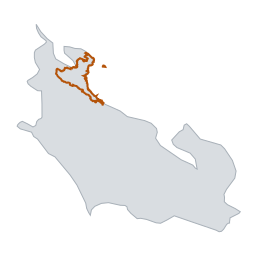 Osa, Puntarenas, Costa Rica shown in context, rotated 179°
{"feature_id": "36466004B23652443238408", "entity_name": "Osa", "entity_type": "district", "adm_level": 2, "iso_a3": "CRI", "parent_name": "Costa Rica", "parent_adm1": "Puntarenas", "projection": "orthographic", "projection_center": [-83.568, 8.892], "detail": "fine", "context": "in_parent", "style": "outline", "palette": "amber", "viewbox_px": 256, "rotation_deg": 179, "n_neighbors": 0, "source": "geoboundaries", "source_scale": "gbopen_adm2", "svg_char_len": 7261}
<svg xmlns="http://www.w3.org/2000/svg" viewBox="0 0 256 256"><g transform="rotate(179 128 128)"><path d="M238.8,131.7L238.4,132.9L237.3,134.2L235.7,135.6L233.5,136.5L228.2,133.8L223.0,130.7L220.2,132.1L219.1,136.1L217.2,138.2L214.8,139.0L213.8,140.3L213.6,153.8L213.8,166.6L217.8,166.9L224.3,171.3L227.1,173.9L228.0,176.3L227.2,177.4L222.4,180.2L217.8,183.7L215.4,188.1L219.5,195.2L220.4,200.0L220.3,205.0L219.2,207.5L210.1,213.3L208.1,215.3L208.4,216.7L213.4,220.7L215.8,224.6L217.7,229.2L218.0,233.3L213.5,225.8L207.2,218.7L201.7,214.3L201.3,204.0L199.1,198.4L190.9,193.3L183.8,189.7L178.6,190.4L181.8,196.3L190.1,203.9L190.6,206.8L190.5,210.7L184.8,210.1L179.8,208.5L173.7,208.0L169.6,205.7L161.0,196.6L167.1,188.9L169.0,183.9L168.8,173.4L167.4,168.3L160.8,160.5L150.3,152.0L135.5,145.1L128.5,139.4L111.2,135.1L104.7,132.3L99.5,127.0L98.8,123.2L100.6,117.3L95.9,109.9L75.4,95.3L63.9,89.8L61.4,86.7L59.6,85.7L61.3,95.8L66.3,101.8L79.4,107.6L83.0,110.9L84.5,115.2L76.8,123.3L72.9,125.4L71.8,129.9L69.3,131.2L66.6,128.6L56.0,115.7L35.5,109.4L31.8,105.6L24.2,93.8L20.7,83.1L22.1,76.0L30.6,64.9L33.2,60.0L32.7,57.0L33.0,52.6L29.9,49.6L22.1,45.5L17.2,42.3L18.6,40.7L27.5,36.4L28.1,32.5L28.1,31.2L29.5,31.0L30.9,30.0L31.7,28.9L34.1,25.2L36.3,23.1L38.7,22.7L41.7,24.3L53.0,28.4L65.5,32.9L83.3,39.4L90.7,35.3L97.1,32.2L101.5,32.7L111.1,36.3L116.9,37.5L120.4,37.2L126.5,42.5L129.9,46.5L130.4,49.2L132.3,50.6L137.1,50.9L148.8,53.7L155.9,53.1L162.5,50.3L166.0,46.8L167.2,41.4L168.8,44.1L170.7,48.3L171.6,53.7L180.0,71.8L186.7,82.0L201.5,100.4L207.9,103.8L218.7,118.6L222.4,121.1L224.5,125.5L235.7,129.0L238.8,131.7Z" fill="#d9dde1" stroke="#a8b0b8" stroke-width="1"/><path d="M178.7,191.4L178.6,191.0L178.6,190.9L178.1,191.0L178.0,191.3L177.8,191.3L177.7,191.1L177.6,190.6L177.7,190.1L177.8,190.0L177.8,189.8L178.0,189.6L178.6,189.5L178.8,189.3L179.0,189.2L179.5,189.4L180.3,189.3L180.6,189.4L180.8,189.8L181.0,190.0L181.5,189.8L181.6,189.7L182.1,189.6L182.3,189.2L182.8,188.9L183.0,188.5L183.3,188.6L183.5,188.6L183.7,188.9L183.9,188.9L183.9,188.7L184.2,188.6L184.3,188.3L184.6,188.2L184.6,187.9L184.9,188.0L185.0,188.2L185.0,188.5L185.4,188.4L185.7,188.5L186.2,188.7L186.4,188.7L186.8,188.6L187.1,188.9L187.8,189.5L188.3,189.4L188.4,189.2L188.5,189.1L188.8,189.0L189.4,189.0L190.0,189.2L190.2,188.9L190.1,188.7L190.3,188.0L190.5,187.9L190.7,187.4L190.8,186.9L191.0,186.8L191.5,186.7L191.7,186.4L192.0,186.4L192.2,186.5L193.0,186.3L193.2,186.1L193.3,185.8L193.7,185.9L194.2,186.0L194.4,186.4L194.9,186.6L195.1,187.1L196.1,187.6L196.4,187.8L196.9,187.9L197.4,188.4L197.7,188.4L197.8,188.4L198.2,188.1L198.3,187.5L198.5,187.3L198.5,186.5L198.4,186.3L198.5,186.1L198.4,185.8L198.4,185.3L198.8,184.3L198.8,183.9L199.0,183.6L198.9,183.3L198.5,183.0L198.1,182.6L197.5,181.2L197.0,180.7L196.9,180.5L195.7,179.5L195.6,179.2L194.5,178.5L194.2,178.2L194.0,177.7L193.5,177.2L193.4,176.5L193.3,176.4L192.2,176.1L191.9,175.8L191.7,175.6L191.3,175.3L190.5,175.5L189.5,174.8L189.0,174.5L188.7,174.4L187.9,174.3L187.3,174.6L186.1,174.3L185.2,173.7L185.4,173.3L185.4,172.5L185.3,172.2L184.8,171.9L184.1,171.6L183.5,171.5L183.2,171.2L182.9,171.0L182.5,171.0L182.3,171.2L182.3,171.9L182.2,172.2L181.8,172.0L181.5,171.6L181.2,171.3L180.5,171.3L180.1,171.1L178.7,170.9L178.5,170.7L178.1,170.0L177.6,169.7L176.9,169.2L177.0,168.9L176.8,168.8L176.6,168.4L176.0,168.3L175.6,167.8L175.2,167.6L174.8,167.5L174.5,167.3L173.8,167.3L173.2,167.2L172.9,167.0L172.6,167.0L172.5,166.9L172.4,166.7L172.4,166.4L173.0,166.0L173.0,165.8L173.4,165.3L173.3,165.1L172.7,165.0L172.2,164.9L171.8,164.7L171.2,164.1L171.0,163.8L169.7,163.0L169.4,162.5L168.8,162.2L168.4,162.2L167.4,162.0L166.7,161.7L166.1,160.7L165.1,160.1L164.9,159.4L164.8,158.9L165.2,158.8L165.3,158.5L165.1,157.9L164.4,157.0L164.3,156.6L163.2,156.1L162.9,155.5L162.7,155.5L162.6,155.8L162.1,155.8L161.3,155.7L160.8,155.6L160.6,154.7L160.4,154.5L160.1,154.2L159.5,154.3L159.4,154.5L159.4,154.8L159.6,155.0L159.7,155.7L159.5,155.9L159.2,156.0L158.8,156.0L158.2,155.7L157.1,155.5L156.5,155.2L156.1,155.2L155.8,155.0L155.1,154.1L154.4,153.6L153.7,153.2L153.4,152.7L153.1,151.8L152.8,151.8L152.5,153.0L152.1,153.5L153.7,154.9L153.8,155.2L153.8,155.6L153.6,155.6L153.7,155.8L154.0,155.7L154.3,156.0L154.6,156.0L155.0,156.4L155.3,156.3L155.7,156.5L155.8,156.5L156.2,156.8L156.9,157.0L157.2,157.2L157.3,157.5L157.6,157.5L157.8,157.6L158.6,158.4L159.3,159.6L159.3,160.2L159.3,160.4L159.1,160.7L159.5,160.5L159.9,160.4L160.6,160.5L161.3,160.8L161.4,161.1L161.7,161.6L162.1,161.8L162.3,162.1L163.2,163.0L163.6,163.2L163.6,163.4L164.0,163.9L164.0,164.2L164.1,164.3L164.3,164.3L164.5,164.5L164.6,165.1L165.0,165.2L165.3,165.5L165.6,166.2L165.9,166.6L166.2,166.7L166.2,166.4L166.4,166.3L166.9,166.7L167.3,167.1L167.4,167.4L167.0,167.4L166.9,167.5L167.0,168.1L167.5,169.0L167.7,169.8L167.8,170.7L167.7,171.4L167.7,172.4L167.9,173.3L168.0,173.7L168.3,173.8L168.2,174.2L168.2,174.5L168.5,175.5L168.3,175.8L168.5,176.2L169.2,176.2L169.1,176.6L169.2,176.8L170.1,177.7L170.2,178.0L169.8,178.1L169.5,178.0L169.2,177.7L168.8,177.6L168.6,177.8L168.6,179.0L168.8,179.4L169.2,179.4L170.3,179.9L171.0,180.8L171.4,181.0L171.0,181.1L170.6,180.9L170.1,181.0L169.9,181.2L169.8,181.6L169.6,181.7L169.4,181.7L169.4,182.1L168.6,182.5L168.2,182.5L167.9,182.8L167.5,182.9L167.0,183.7L166.5,184.2L166.5,184.6L166.6,184.8L166.8,184.7L167.2,185.5L167.5,185.7L168.0,185.5L168.3,185.7L168.0,185.9L167.3,185.8L167.0,186.1L166.8,186.1L166.8,186.5L167.1,187.2L167.2,188.2L167.1,188.4L166.7,188.6L166.7,188.8L166.7,189.7L166.6,190.2L166.3,190.9L166.0,191.2L165.6,191.4L165.3,191.4L165.0,191.1L164.8,191.1L164.1,191.3L163.9,191.2L163.6,191.3L163.2,191.6L162.9,191.6L162.6,191.8L162.5,192.2L162.2,192.3L162.2,192.5L162.2,192.9L162.2,193.0L162.3,193.6L162.3,194.2L162.0,194.4L161.8,194.6L161.1,194.7L161.1,194.9L161.1,195.1L161.3,195.5L160.9,195.8L160.8,196.3L160.9,197.1L160.8,197.3L161.0,197.5L160.9,197.7L161.1,198.2L161.8,198.8L162.0,198.8L162.1,198.7L162.3,198.8L162.7,198.8L165.1,201.3L166.4,202.7L166.6,202.6L166.9,202.7L167.0,202.9L167.3,203.1L167.5,203.2L167.5,203.3L168.1,203.6L168.4,204.0L168.9,204.0L169.3,203.7L168.7,203.4L168.6,203.1L168.0,202.8L167.9,202.6L167.7,202.0L167.9,202.0L167.9,201.9L168.2,202.0L168.3,201.8L168.7,201.7L168.8,201.4L169.1,201.1L169.4,200.9L169.6,200.5L170.1,200.3L170.2,200.0L170.1,199.9L169.5,199.6L169.0,199.3L168.5,199.3L168.1,199.1L167.6,198.3L167.1,198.1L167.3,197.6L167.5,197.6L167.8,197.2L168.0,197.1L168.1,196.4L167.9,196.2L168.0,196.0L168.0,195.8L168.3,195.7L168.5,195.7L168.6,195.9L169.2,195.8L169.4,196.0L169.6,196.3L169.8,196.5L170.1,196.8L170.7,196.8L171.0,196.7L171.2,196.1L170.9,195.6L170.9,195.4L171.1,195.4L171.5,195.8L172.0,196.7L171.9,197.2L172.0,197.5L172.4,197.6L173.2,198.0L174.2,198.2L174.5,198.4L174.7,198.6L174.9,198.6L175.3,198.0L175.5,198.0L176.3,197.7L176.6,197.3L176.9,197.1L177.1,196.5L177.6,196.5L178.0,195.9L178.0,195.6L178.1,195.4L178.0,195.1L177.8,195.0L177.7,194.8L177.7,194.0L177.8,193.6L177.8,193.1L177.7,192.8L177.6,192.5L177.8,192.4L177.8,192.1L177.9,191.7L178.3,191.6L178.7,191.4ZM150.2,189.6L149.6,189.5L149.8,190.0L150.3,190.4L150.6,190.5L150.9,190.8L151.1,190.8L151.3,190.9L151.6,190.9L152.1,190.2L152.1,189.8L151.1,189.7L150.5,189.6L150.2,189.6Z" fill="none" stroke="#b45309" stroke-width="2"/></g></svg>